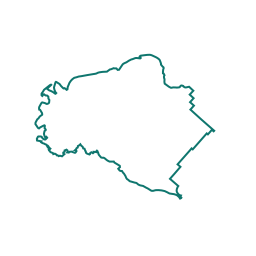 Kusilvak, Alaska, United States of America, rotated 44°
{"feature_id": "52423323B57268278189593", "entity_name": "Kusilvak", "entity_type": "district", "adm_level": 2, "iso_a3": "USA", "parent_name": "United States of America", "parent_adm1": "Alaska", "projection": "orthographic", "projection_center": [-164.106, 62.097], "detail": "fine", "context": "isolated", "style": "outline", "palette": "teal", "viewbox_px": 256, "rotation_deg": 44, "n_neighbors": 0, "source": "geoboundaries", "source_scale": "gbopen_adm2", "svg_char_len": 4188}
<svg xmlns="http://www.w3.org/2000/svg" viewBox="0 0 256 256"><g transform="rotate(44 128 128)"><path d="M143.3,55.9L141.5,58.6L140.8,59.2L139.8,59.5L139.1,59.6L138.8,59.4L138.5,59.4L137.1,60.1L136.8,60.6L136.6,60.9L136.6,61.3L136.8,62.7L136.7,63.0L136.5,63.3L135.0,65.1L134.5,65.4L132.3,67.4L131.2,69.0L130.8,69.3L128.7,69.9L123.6,70.6L122.2,69.6L120.7,67.9L120.3,67.5L119.1,66.9L118.2,66.1L117.8,65.5L117.6,64.7L115.9,64.1L115.2,64.4L114.2,63.4L112.7,61.5L112.2,60.4L112.1,60.2L111.9,60.0L111.3,59.7L110.4,59.8L107.7,59.5L107.1,58.8L105.4,57.9L103.6,57.1L102.7,57.0L100.7,57.2L98.8,57.7L94.5,59.2L92.9,60.1L90.9,62.2L87.0,67.0L86.8,67.4L86.7,68.2L86.7,68.4L86.8,68.6L87.6,68.3L88.5,68.8L88.4,69.5L85.5,71.7L84.7,72.6L83.3,75.6L82.8,76.3L81.9,78.9L81.2,82.0L80.8,82.8L80.1,84.8L80.0,85.4L80.0,86.2L81.1,92.3L80.2,93.4L78.3,93.2L76.4,94.9L76.1,95.0L75.0,97.5L74.3,98.5L73.7,102.1L70.7,105.3L68.7,107.9L67.9,109.3L67.4,110.8L66.6,112.0L65.6,113.3L61.9,118.3L58.3,123.3L56.8,125.2L55.8,127.1L54.5,129.2L54.1,131.4L54.1,133.6L54.5,136.1L55.6,138.9L56.1,140.3L57.6,142.3L57.3,143.2L55.7,143.2L54.7,143.4L54.5,143.6L54.5,144.0L54.2,144.3L53.8,144.4L50.6,144.3L48.2,143.9L44.4,144.7L44.1,144.9L44.1,145.4L44.2,145.7L46.5,150.1L46.9,150.5L48.5,151.6L50.8,152.6L52.1,152.7L52.1,153.7L51.8,153.9L49.4,154.2L47.5,154.7L46.1,155.2L45.6,155.5L45.0,155.7L42.7,156.0L42.5,155.9L42.5,155.5L42.6,153.8L42.8,151.3L42.8,150.5L42.8,150.3L42.5,150.3L42.2,150.9L42.0,151.8L41.1,158.6L41.1,159.0L41.2,159.4L41.6,160.9L41.7,161.5L41.9,163.2L42.4,163.8L43.1,164.5L44.1,164.5L44.1,164.0L43.7,162.7L44.1,162.1L45.3,162.0L46.4,161.7L46.8,161.3L46.9,161.1L47.4,160.8L48.9,160.8L50.3,162.1L52.0,162.5L53.5,164.4L53.7,165.0L53.6,165.8L53.0,167.0L52.3,167.4L52.0,167.4L50.7,167.9L48.5,169.2L48.4,169.8L48.4,170.2L48.6,171.1L49.5,174.4L50.1,175.4L50.9,176.1L51.3,176.4L51.5,176.2L52.2,176.0L55.8,177.0L56.6,177.6L57.0,178.0L57.0,178.6L56.8,179.3L56.6,180.5L56.6,181.6L56.9,183.3L56.7,184.8L57.7,188.3L58.7,189.5L61.6,190.1L62.8,190.4L63.7,190.4L64.3,190.1L64.4,188.5L65.6,184.9L66.1,184.1L66.7,184.2L68.0,186.0L69.2,186.1L70.1,186.4L70.2,186.5L70.3,187.0L70.0,187.7L70.0,187.9L70.2,188.4L71.6,190.6L73.4,191.7L74.8,192.2L75.3,191.0L76.6,191.2L76.6,192.5L76.6,193.5L76.3,194.0L75.2,194.6L74.5,194.7L72.6,194.6L72.2,194.5L72.2,194.4L71.7,194.4L71.1,194.7L69.4,196.4L69.3,196.6L69.3,196.9L69.9,199.0L71.1,200.1L71.3,200.2L75.0,197.7L75.3,198.6L76.9,198.3L78.5,197.5L79.4,197.3L81.1,196.6L81.9,197.1L82.3,196.8L83.1,197.3L83.2,196.5L83.9,196.6L84.7,197.4L84.7,196.9L86.5,196.8L86.5,198.5L86.8,199.0L87.6,198.9L89.0,199.2L91.4,198.2L92.4,198.7L93.2,197.3L94.7,196.9L95.8,197.1L96.3,196.5L97.7,196.4L98.3,195.2L100.2,194.2L100.4,191.0L99.1,191.2L98.5,190.6L98.9,188.9L98.0,188.2L98.8,186.3L100.1,186.2L100.9,187.0L101.2,187.8L102.5,186.8L102.4,185.8L104.2,183.8L104.8,183.8L107.1,182.7L107.3,182.0L107.0,180.4L106.3,180.0L105.3,180.7L105.4,179.6L105.0,178.2L105.4,177.0L104.5,175.8L105.0,174.1L105.0,172.8L106.7,173.2L108.4,173.0L110.0,173.8L111.1,173.1L113.3,174.2L113.8,174.1L114.9,175.0L116.3,174.9L118.7,173.8L118.8,173.2L118.2,172.2L118.5,170.9L120.3,170.5L120.4,169.6L119.8,169.0L120.9,168.1L121.5,167.2L121.4,165.9L122.1,165.9L122.4,167.1L123.5,166.4L125.4,167.5L129.0,167.9L130.0,167.4L131.1,166.3L132.2,166.0L135.1,165.8L136.5,165.5L138.0,165.0L138.4,164.7L141.1,162.0L142.2,162.3L148.3,160.9L149.4,161.7L149.3,164.1L151.5,164.4L152.4,164.1L153.6,163.1L155.4,163.6L156.7,163.6L159.5,164.3L161.6,165.2L162.8,165.4L164.4,165.1L166.1,165.1L170.8,162.6L172.0,161.8L172.9,161.6L174.8,161.5L176.6,160.8L179.1,159.2L182.6,158.3L184.1,157.8L188.4,156.9L189.6,155.9L191.1,153.5L193.2,151.4L195.6,149.5L198.2,147.9L200.8,147.0L203.3,146.3L207.1,143.6L208.7,142.8L210.2,142.3L212.7,142.2L214.5,142.6L214.9,141.5L214.8,141.0L213.1,140.8L212.9,139.8L211.9,140.4L210.9,140.6L208.7,140.4L207.5,140.0L206.6,139.4L205.6,138.1L204.7,136.0L204.5,134.8L193.5,135.4L193.2,128.7L192.7,119.5L188.9,119.7L188.1,101.2L187.9,98.5L189.4,98.4L188.4,77.2L189.9,77.1L189.6,71.0L191.9,70.9L191.9,70.1L175.4,70.9L160.1,71.4L159.9,66.1L154.7,66.3L154.5,61.0L149.2,61.1L149.1,55.8L143.3,55.9Z" fill="none" stroke="#0f766e" stroke-width="2"/></g></svg>